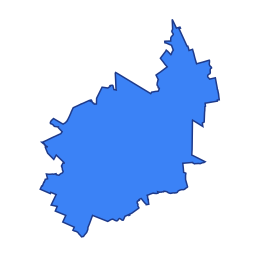 the district of Nojorid, Bihor, Romania, rotated 84°
{"feature_id": "2599482B66064237365593", "entity_name": "Nojorid", "entity_type": "district", "adm_level": 2, "iso_a3": "ROU", "parent_name": "Romania", "parent_adm1": "Bihor", "projection": "albers", "projection_center": [21.85, 46.97], "detail": "fine", "context": "isolated", "style": "filled", "palette": "blue", "viewbox_px": 256, "rotation_deg": 84, "n_neighbors": 0, "source": "geoboundaries", "source_scale": "gbopen_adm2", "svg_char_len": 5563}
<svg xmlns="http://www.w3.org/2000/svg" viewBox="0 0 256 256"><g transform="rotate(84 128 128)"><path d="M196.6,212.5L198.6,206.6L203.0,209.0L208.4,199.0L214.7,202.7L219.5,194.4L221.0,191.8L223.9,193.5L224.1,193.1L224.7,192.3L225.1,191.2L225.5,190.2L226.3,189.2L226.4,188.9L228.6,187.6L229.8,186.6L231.4,185.6L231.2,183.6L229.7,182.3L228.1,180.6L227.5,180.0L224.8,178.6L223.2,178.3L222.8,178.3L219.3,176.4L211.2,172.4L218.8,157.9L218.3,156.7L217.4,154.8L217.2,154.1L217.1,152.9L217.0,152.6L217.9,151.4L218.7,150.2L218.9,149.7L219.2,148.8L219.0,148.2L218.6,147.7L217.9,147.1L217.5,146.7L217.3,146.5L217.2,146.2L217.1,145.9L217.6,145.0L219.1,143.4L219.1,142.3L215.5,140.2L214.6,137.4L214.3,136.5L215.1,136.2L214.7,135.2L213.8,135.2L213.1,133.1L208.8,125.6L208.4,125.5L207.8,125.8L207.4,126.0L206.7,126.3L205.9,126.4L205.3,126.1L205.0,126.1L204.7,126.1L204.2,126.4L203.7,126.7L203.1,126.7L201.9,126.4L201.7,126.2L201.8,126.0L201.1,124.3L200.4,124.6L200.1,124.0L199.6,122.7L199.5,122.2L202.7,120.2L204.0,119.3L204.6,118.9L205.6,118.0L206.2,117.9L206.0,115.3L203.3,115.4L201.3,115.3L201.2,115.3L201.2,115.7L197.0,115.7L196.9,115.8L196.4,113.8L196.0,112.7L195.9,112.2L195.7,111.3L195.4,110.0L195.4,109.8L195.4,109.6L195.6,109.3L195.8,108.5L195.8,108.2L195.9,107.7L196.1,107.0L196.1,106.3L196.0,105.4L195.9,104.9L195.4,104.9L194.5,105.1L195.2,103.5L195.1,103.4L195.2,102.2L195.3,101.6L195.1,101.0L195.1,100.4L195.2,99.2L194.6,98.8L194.7,98.6L195.0,97.2L195.5,95.9L196.5,94.8L196.9,94.1L197.1,93.6L197.5,92.5L197.3,90.8L197.3,90.1L197.3,88.9L197.6,88.2L197.4,87.5L197.5,86.8L197.1,85.7L196.0,84.8L195.5,83.8L195.1,82.4L194.9,81.0L195.1,79.7L195.1,79.0L194.6,77.7L193.9,76.8L193.4,75.7L193.1,75.2L192.8,74.9L189.7,75.4L185.6,76.1L184.8,76.1L181.1,75.7L179.3,75.2L179.0,75.2L177.9,77.3L174.0,77.2L168.8,77.2L169.0,67.4L169.4,67.3L170.6,65.6L170.5,65.3L170.5,64.2L170.6,63.2L170.6,62.0L171.0,59.9L170.5,58.1L170.3,57.4L170.3,56.1L169.8,55.3L169.8,55.1L169.7,55.0L169.6,54.8L161.5,67.4L156.0,66.5L127.2,63.1L126.9,63.0L134.3,53.4L131.1,53.6L130.8,53.5L130.3,52.3L130.0,51.6L125.1,50.9L120.3,50.2L118.5,49.8L114.8,49.3L114.6,48.9L114.5,48.7L114.3,48.7L111.4,48.7L110.6,36.3L109.5,36.2L109.5,34.3L106.5,34.4L105.3,34.4L103.3,34.4L102.8,34.5L99.4,34.8L99.1,35.1L98.9,35.1L97.5,35.1L87.2,35.9L87.9,41.8L87.1,42.2L86.7,42.5L86.3,42.9L86.1,43.1L85.6,43.3L84.9,43.4L84.4,43.3L84.1,43.2L83.9,43.1L83.5,42.7L83.0,42.0L82.7,41.3L82.5,40.8L81.6,40.4L81.3,40.4L80.9,40.3L80.5,40.3L80.0,40.4L79.7,40.3L78.1,40.0L77.6,39.6L77.4,39.3L77.1,38.8L77.0,38.6L76.9,38.6L76.5,38.7L76.2,38.8L75.9,39.0L75.0,39.9L74.7,40.0L74.1,40.3L73.5,40.5L73.2,40.5L72.7,40.5L71.2,40.1L70.5,40.0L69.6,39.9L69.4,39.9L69.1,40.0L69.1,40.4L70.2,46.3L71.3,53.1L65.4,54.2L60.9,54.8L56.5,55.6L57.3,59.2L54.3,59.6L52.8,60.0L52.8,60.6L52.7,60.8L45.8,63.1L34.5,66.9L34.2,65.4L33.1,65.8L33.7,69.4L26.1,72.1L24.6,72.7L34.4,73.3L35.8,74.1L36.1,74.2L36.3,74.3L37.6,74.0L37.8,73.9L38.2,73.6L38.5,73.5L38.7,73.3L39.2,73.2L39.4,73.1L39.9,73.3L40.1,73.5L41.0,74.5L42.0,75.5L42.3,75.7L42.6,75.9L43.3,76.1L44.3,76.2L45.7,76.5L46.0,76.5L45.6,81.1L45.6,82.4L47.1,82.4L47.6,80.9L49.0,78.5L50.3,76.1L51.1,75.9L53.8,75.2L55.1,75.0L55.3,74.8L55.6,75.0L55.9,75.2L56.1,75.5L56.3,75.7L56.5,75.9L56.7,76.0L57.0,76.1L57.4,76.3L57.8,76.7L58.0,76.8L59.0,77.1L59.4,77.5L59.6,77.7L55.9,80.5L54.6,81.8L54.8,81.9L55.3,82.3L56.3,83.1L57.1,83.9L60.1,86.7L62.0,88.5L62.7,88.1L65.7,86.2L66.0,86.0L68.3,84.7L71.3,82.6L74.6,88.1L75.7,89.9L76.8,92.0L78.2,94.4L78.3,94.6L83.1,92.8L83.2,93.0L83.7,93.3L84.2,93.4L86.2,94.2L88.1,94.6L88.9,94.4L89.2,94.1L89.7,93.8L90.0,93.7L91.1,93.8L91.8,92.7L93.1,93.2L94.6,94.2L94.5,96.8L94.7,98.8L94.8,100.7L96.2,101.8L72.7,132.8L71.5,134.5L72.1,134.9L79.3,135.3L87.3,135.8L88.3,135.8L88.7,135.7L88.9,135.7L89.0,135.7L88.3,138.0L84.9,138.5L84.3,138.6L84.2,138.6L83.9,138.9L83.8,139.5L83.9,141.2L84.0,141.5L84.7,141.3L85.6,142.9L86.1,143.9L86.1,144.0L85.6,145.9L85.4,146.6L84.7,149.5L95.1,156.1L100.8,156.9L100.7,159.1L99.6,159.5L99.5,160.2L98.8,160.7L96.4,161.5L96.3,162.4L97.5,162.3L97.0,163.3L96.6,163.8L97.1,165.3L97.7,167.2L98.0,167.9L98.0,168.0L98.3,168.9L98.6,169.8L98.9,170.8L99.1,171.6L99.2,172.1L99.3,172.1L99.9,173.9L100.8,176.4L100.8,176.5L102.1,180.3L102.3,180.5L106.3,182.9L107.2,183.3L110.5,185.2L113.5,187.1L114.0,187.4L114.0,187.5L114.6,187.7L114.8,188.2L114.9,188.4L115.6,189.0L116.1,189.6L116.4,190.1L116.9,191.3L117.3,191.9L117.3,192.1L117.1,192.5L116.3,193.7L115.6,194.6L113.9,196.9L111.9,199.6L110.8,201.1L112.6,203.5L114.2,204.6L114.6,204.7L115.2,204.7L115.5,204.6L115.7,204.3L115.9,203.6L116.8,202.5L117.0,202.2L117.4,201.9L117.8,201.7L118.6,201.1L118.8,200.7L119.6,197.4L119.8,197.6L121.3,196.6L124.8,193.9L126.6,195.4L129.6,204.3L132.4,212.1L132.7,213.2L133.1,213.8L133.1,215.3L134.8,213.7L134.5,213.2L135.6,212.7L136.5,212.1L136.8,211.9L136.8,212.0L137.0,211.8L137.3,211.5L138.1,210.3L138.4,210.5L138.0,211.2L137.9,211.8L137.9,212.0L138.1,212.3L138.4,212.3L138.8,212.2L141.4,211.5L144.7,210.5L151.5,205.1L147.4,202.2L155.2,195.6L156.1,195.1L156.3,195.2L156.2,196.5L158.0,197.5L158.1,197.8L158.4,197.9L158.8,197.8L158.9,198.1L159.3,198.1L159.8,197.9L160.3,197.8L160.6,197.6L160.9,197.6L161.1,197.6L161.4,197.6L161.6,197.6L162.1,197.6L162.8,197.6L164.3,197.0L165.7,197.8L166.5,199.9L167.8,201.7L166.9,204.2L165.9,204.3L166.2,206.9L165.9,207.6L165.9,209.1L165.8,211.2L165.6,212.3L165.2,214.0L170.1,213.3L170.4,215.7L170.9,215.8L173.1,217.0L173.0,217.3L176.7,219.2L176.6,219.9L179.7,221.7L185.1,212.1L183.9,211.5L186.7,206.4L196.6,212.5Z" fill="#3b82f6" stroke="#1e3a8a" stroke-width="1.5"/></g></svg>